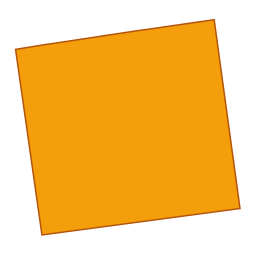 the district of Ringgold, Iowa, United States of America, rotated 172°
{"feature_id": "52423323B92247192856320", "entity_name": "Ringgold", "entity_type": "district", "adm_level": 2, "iso_a3": "USA", "parent_name": "United States of America", "parent_adm1": "Iowa", "projection": "orthographic", "projection_center": [-94.258, 40.735], "detail": "fine", "context": "isolated", "style": "filled", "palette": "amber", "viewbox_px": 256, "rotation_deg": 172, "n_neighbors": 0, "source": "geoboundaries", "source_scale": "gbopen_adm2", "svg_char_len": 411}
<svg xmlns="http://www.w3.org/2000/svg" viewBox="0 0 256 256"><g transform="rotate(172 128 128)"><path d="M132.9,222.8L195.1,222.1L195.9,222.2L199.7,222.1L199.8,222.1L220.1,221.7L228.4,221.5L228.1,34.1L28.3,32.7L27.6,223.3L27.9,223.3L32.5,223.2L45.9,223.2L77.4,223.1L86.9,223.0L87.0,223.0L92.1,223.0L98.3,223.0L105.3,223.1L108.6,223.0L132.9,222.8Z" fill="#f59e0b" stroke="#b45309" stroke-width="1.5"/></g></svg>